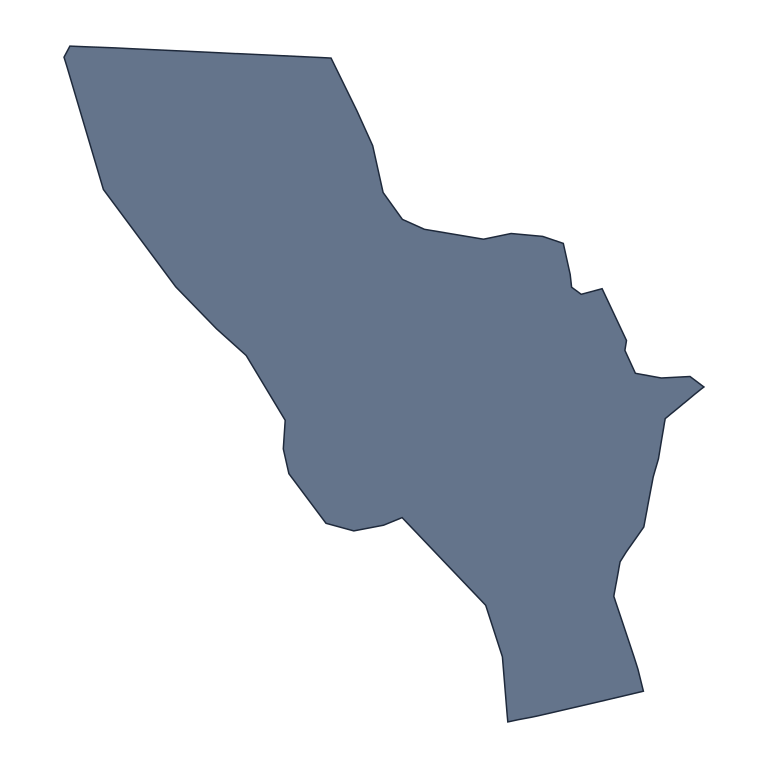 Wasat Jabal Marrah, Central Darfur, Sudan
{"feature_id": "16777658B31401746790002", "entity_name": "Wasat Jabal Marrah", "entity_type": "district", "adm_level": 2, "iso_a3": "SDN", "parent_name": "Sudan", "parent_adm1": "Central Darfur", "projection": "albers", "projection_center": [24.33, 13.123], "detail": "fine", "context": "isolated", "style": "filled", "palette": "slate", "viewbox_px": 768, "rotation_deg": 0, "n_neighbors": 0, "source": "geoboundaries", "source_scale": "gbopen_adm2", "svg_char_len": 1702}
<svg xmlns="http://www.w3.org/2000/svg" viewBox="0 0 768 768"><path d="M507.8,721.9L508.5,721.8L518.2,719.7L531.6,717.2L537.8,715.9L605.0,700.3L643.4,691.2L643.1,690.0L638.0,669.4L636.9,665.9L634.0,656.8L626.5,634.3L622.6,622.6L617.1,606.2L616.1,603.2L615.6,601.8L614.9,599.5L614.1,597.2L613.8,596.4L614.2,593.9L614.8,590.7L615.2,588.6L615.4,587.5L615.7,585.7L616.4,582.2L618.2,572.3L618.6,570.1L618.7,569.3L619.0,567.6L619.6,564.4L620.1,561.8L625.1,553.8L626.1,552.2L626.8,551.2L628.8,548.3L630.4,546.1L633.2,542.1L636.8,537.0L642.1,529.4L643.8,527.0L645.4,518.5L646.4,513.1L647.0,510.1L647.6,506.5L650.2,492.8L651.2,487.5L651.5,486.0L653.2,477.0L655.5,468.9L655.8,468.0L658.5,458.7L658.8,456.8L661.1,442.8L662.2,436.3L663.6,428.2L663.7,427.6L663.9,426.2L664.5,422.5L664.9,420.5L665.2,418.6L668.2,416.2L670.4,414.3L674.0,411.4L682.1,404.7L683.1,403.8L684.2,403.0L688.9,399.1L693.8,395.0L695.4,393.7L698.4,391.3L701.5,388.8L703.5,387.3L704.0,387.0L704.0,386.9L703.0,386.3L690.0,376.5L661.3,378.0L635.4,373.3L624.9,350.4L626.5,340.5L602.1,288.7L581.2,294.3L571.6,287.2L570.2,274.5L563.3,243.4L542.7,236.4L511.1,233.5L483.5,239.2L424.4,229.3L402.4,219.4L383.1,192.5L372.7,145.7L356.9,110.8L331.5,59.0L331.1,58.1L330.1,58.0L329.6,58.0L327.8,57.9L320.2,57.5L313.5,57.2L241.6,53.8L237.1,53.6L235.3,53.6L219.8,52.8L181.8,51.0L131.5,48.7L115.5,47.9L100.2,47.3L88.9,46.9L69.9,46.1L64.0,57.2L64.7,59.4L67.0,66.8L99.7,177.0L103.4,189.5L175.7,286.8L216.5,328.8L246.2,355.5L285.2,420.3L283.3,448.9L288.9,473.7L326.0,523.3L353.8,530.9L383.6,525.2L402.1,517.6L428.7,545.5L442.4,559.9L480.4,599.7L485.7,605.3L502.4,656.8L507.2,715.3L507.8,721.8L507.8,721.9Z" fill="#64748b" stroke="#1e293b" stroke-width="1.5"/></svg>